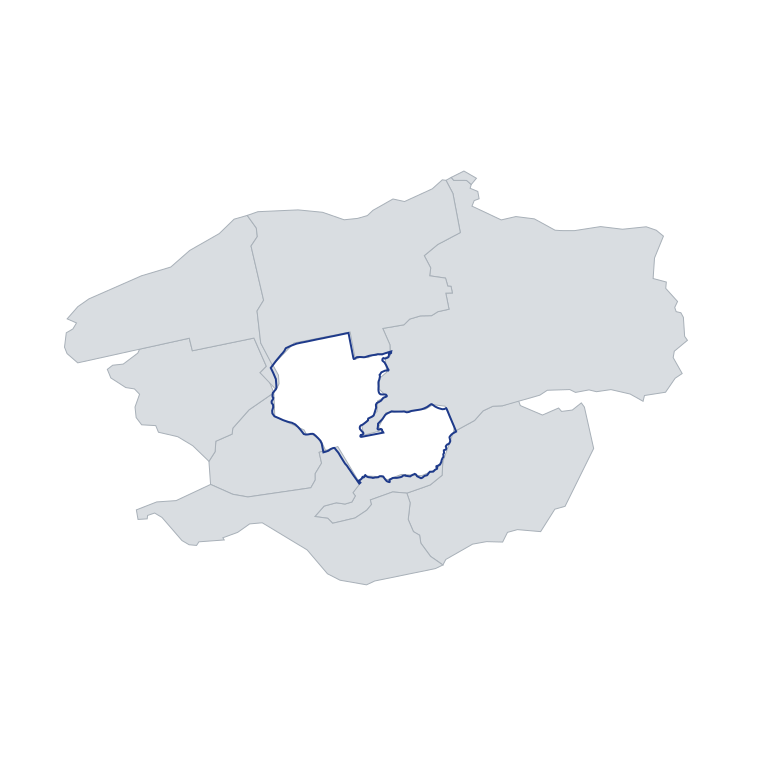 Zambia shown with its bordering countries, rotated 79°
{"feature_id": "ZMB", "entity_name": "Zambia", "entity_type": "country or territory", "adm_level": 0, "iso_a3": "ZMB", "parent_name": "Africa", "parent_adm1": "", "projection": "equal_earth", "projection_center": [28.807, -13.118], "detail": "fine", "context": "with_neighbors", "style": "outline", "palette": "blue", "viewbox_px": 768, "rotation_deg": 79, "n_neighbors": 8, "source": "natural_earth", "source_scale": "50m", "svg_char_len": 9260}
<svg xmlns="http://www.w3.org/2000/svg" viewBox="0 0 768 768"><g transform="rotate(79 384 384)"><path d="M487.3,190.5L538.6,229.6L539.5,240.2L558.8,258.4L552.4,280.8L553.2,291.1L561.8,297.7L558.3,313.4L558.1,327.6L568.0,356.8L572.9,360.7L562.1,371.2L547.3,378.2L539.3,377.9L534.5,383.3L521.6,386.1L505.6,381.0L495.5,382.4L491.9,357.9L484.7,344.4L471.5,341.1L444.4,324.9L437.1,302.1L429.3,291.9L426.6,281.4L428.0,271.9L425.6,255.2L431.2,254.3L444.7,234.4L440.9,217.2L444.8,214.9L445.5,204.1L440.2,193.9L444.9,191.7L487.3,190.5Z" fill="#d9dde1" stroke="#a8b0b8" stroke-width="1"/><path d="M424.7,233.2L428.0,271.9L426.6,281.4L429.3,291.9L437.1,302.1L444.4,324.9L439.1,323.1L417.4,328.3L413.6,339.9L416.6,347.9L412.5,387.4L425.5,397.6L429.2,394.3L430.3,413.7L420.1,413.6L409.6,396.0L399.4,393.5L396.4,384.0L388.2,389.7L377.5,387.2L372.9,379.0L358.1,377.8L357.3,372.2L346.6,370.7L329.2,374.6L329.7,353.1L325.2,346.4L324.1,335.2L326.0,324.3L323.3,317.3L323.0,305.9L306.6,306.0L307.7,299.5L300.9,299.6L300.1,302.7L291.8,303.4L286.5,318.5L279.0,316.0L265.7,320.0L257.3,304.6L249.9,280.2L210.1,280.0L195.9,284.3L194.0,278.6L197.4,276.7L199.9,264.1L204.8,260.3L208.3,262.1L212.9,255.2L220.3,255.3L221.2,260.5L226.2,263.7L245.3,237.6L244.8,222.6L250.6,204.9L265.7,186.7L267.2,180.9L269.8,167.9L270.8,141.4L277.6,120.3L279.7,96.6L285.0,87.4L292.2,81.5L311.9,94.4L331.8,99.7L337.8,87.4L343.9,89.2L359.0,80.1L364.3,84.0L368.7,83.4L370.7,79.0L375.7,77.4L394.6,79.8L399.0,77.8L407.2,92.8L413.3,95.1L430.6,89.3L433.9,97.1L445.8,109.2L445.0,130.5L450.4,133.0L440.8,144.3L432.8,162.3L432.1,176.9L428.9,183.9L428.8,197.6L424.9,202.7L421.3,224.9L424.7,233.2Z" fill="#d9dde1" stroke="#a8b0b8" stroke-width="1"/><path d="M449.5,573.4L426.5,570.6L418.2,562.7L408.1,560.0L404.2,542.7L398.5,540.8L383.6,521.4L371.5,493.8L395.1,497.4L413.9,471.2L418.6,469.8L420.2,463.6L427.8,456.5L437.9,454.1L438.7,460.7L449.8,460.4L458.8,468.6L465.1,469.8L471.9,475.6L468.9,539.2L463.4,553.5L449.5,573.4Z" fill="#d9dde1" stroke="#a8b0b8" stroke-width="1"/><path d="M426.5,570.6L408.1,583.5L396.4,596.5L388.3,614.6L381.3,616.0L377.8,629.7L369.6,633.7L359.1,632.8L347.4,625.9L341.2,629.9L338.2,638.2L325.9,651.0L316.8,652.8L313.8,646.7L314.7,636.2L306.7,619.8L303.1,617.2L301.9,566.4L314.8,565.8L314.1,502.9L344.2,496.1L349.3,503.5L357.7,496.5L371.5,493.8L383.6,521.4L398.5,540.8L404.2,542.7L408.1,560.0L418.2,562.7L426.5,570.6Z" fill="#d9dde1" stroke="#a8b0b8" stroke-width="1"/><path d="M301.9,566.4L304.8,680.6L293.7,689.3L286.9,690.6L273.1,686.1L270.6,678.9L265.4,674.2L259.6,682.6L249.6,669.7L244.1,657.3L231.5,601.4L228.5,571.0L215.8,549.2L204.9,517.0L193.6,499.7L192.4,486.1L206.5,479.6L215.1,480.2L223.2,488.2L278.8,486.2L288.1,494.7L320.2,497.2L355.2,485.9L363.8,487.0L369.0,491.0L349.3,503.5L344.2,496.1L314.1,502.9L314.8,565.8L301.9,566.4Z" fill="#d9dde1" stroke="#a8b0b8" stroke-width="1"/><path d="M471.5,341.1L484.7,344.4L491.9,357.9L495.5,382.4L491.6,396.1L495.2,419.5L499.8,419.2L504.6,425.0L510.0,438.0L510.9,461.0L505.1,464.8L500.9,477.1L492.4,466.1L491.5,453.5L494.4,445.2L493.7,438.0L488.4,433.5L484.8,435.2L470.2,421.9L474.3,405.2L478.6,398.9L476.1,384.0L481.2,364.5L477.8,349.1L471.5,341.1Z" fill="#d9dde1" stroke="#a8b0b8" stroke-width="1"/><path d="M495.5,382.4L505.6,381.0L521.6,386.1L534.5,383.3L539.3,377.9L547.3,378.2L562.1,371.2L572.9,360.7L575.0,368.8L575.6,430.7L577.8,439.5L568.2,464.6L559.5,475.7L532.2,491.1L497.0,530.0L495.7,542.6L501.7,555.9L504.2,571.5L506.6,570.6L503.6,595.8L506.7,598.8L504.6,606.0L499.1,612.2L472.6,627.4L466.9,633.8L467.9,641.1L471.2,642.2L470.0,651.3L460.3,651.1L456.4,629.6L458.8,610.3L449.5,573.4L463.4,553.5L468.9,539.2L471.9,475.6L465.1,469.8L458.8,468.6L449.8,460.4L438.7,460.7L436.6,441.3L477.2,426.5L484.8,435.2L488.4,433.5L493.7,438.0L494.4,445.2L491.5,453.5L492.4,466.1L500.9,477.1L505.1,464.8L510.9,461.0L510.0,438.0L504.6,425.0L499.8,419.2L495.2,419.5L491.6,396.1L495.5,382.4Z" fill="#d9dde1" stroke="#a8b0b8" stroke-width="1"/><path d="M204.8,260.3L199.9,264.1L197.4,276.7L194.0,278.6L190.2,264.9L199.7,254.0L204.8,260.3ZM195.9,284.3L210.1,280.0L249.9,280.2L257.3,304.6L265.7,320.0L279.0,316.0L286.5,318.5L291.8,303.4L300.1,302.7L300.9,299.6L307.7,299.5L306.6,306.0L323.0,305.9L323.3,317.3L326.0,324.3L324.1,335.2L325.2,346.4L329.7,353.1L329.2,374.6L346.6,370.7L352.7,371.7L354.2,377.3L352.7,386.1L355.1,394.5L353.1,401.3L354.3,407.5L326.5,407.3L326.5,464.3L344.4,490.0L320.2,497.2L288.1,494.7L278.8,486.2L223.2,488.2L215.1,480.2L206.5,479.6L192.4,486.1L190.8,474.9L196.7,435.1L203.7,411.6L215.2,391.8L216.4,378.4L215.5,368.2L211.4,361.7L204.1,339.9L208.8,329.0L201.6,299.3L194.7,287.8L195.9,284.3Z" fill="#d9dde1" stroke="#a8b0b8" stroke-width="1"/><path d="M439.5,456.5L437.6,456.5L434.2,456.5L430.6,456.5L427.4,457.4L424.8,458.9L421.6,461.1L420.6,462.0L419.8,462.6L419.3,463.5L419.0,465.4L419.0,468.3L418.7,470.4L417.8,472.3L413.0,474.7L409.8,476.6L406.8,478.8L404.5,481.8L402.9,485.3L400.3,489.8L397.6,493.6L394.8,497.7L391.6,499.2L388.9,498.9L385.7,497.2L383.1,496.9L381.2,497.9L379.5,497.6L377.8,495.9L376.5,495.3L375.4,495.8L374.0,495.7L371.5,494.8L369.2,492.0L368.0,490.8L367.1,490.3L364.5,489.9L358.4,489.2L357.8,489.4L355.3,489.9L352.1,490.6L349.4,491.3L346.6,492.1L343.9,489.1L340.9,485.8L337.8,482.0L335.4,479.1L334.2,477.4L332.2,475.2L330.7,474.1L330.1,473.5L328.6,467.5L327.7,462.1L327.6,457.9L327.6,452.2L327.5,446.4L327.4,440.7L327.4,435.0L327.3,429.2L327.3,423.4L327.2,417.7L327.1,411.9L327.1,409.1L330.2,409.1L333.7,409.1L337.3,409.1L341.3,409.1L345.3,409.1L349.3,409.1L352.0,409.1L352.8,409.1L353.6,408.9L353.7,408.3L352.5,405.5L352.6,404.5L352.9,402.5L353.3,400.9L353.9,398.7L354.0,397.4L353.5,393.2L353.5,390.9L353.6,388.4L353.8,386.1L353.6,384.5L353.8,383.6L354.1,382.4L354.3,381.0L354.6,380.4L354.5,379.8L354.3,378.7L354.0,376.4L353.7,373.1L353.4,370.7L353.9,370.9L354.9,371.1L355.4,372.2L355.7,373.5L356.4,373.6L358.2,374.3L358.8,375.4L359.2,377.7L359.0,378.8L358.4,379.7L359.0,380.6L360.2,381.1L360.9,381.0L362.9,379.4L363.7,379.1L364.7,378.8L365.7,378.4L368.3,377.7L369.8,377.4L370.6,376.9L371.2,376.9L371.6,377.3L371.2,378.9L371.1,380.4L371.7,383.0L372.0,384.3L372.9,385.2L373.5,385.7L374.2,386.6L375.7,386.5L378.8,387.8L379.8,388.5L381.1,389.1L382.1,389.3L385.3,389.8L386.5,390.1L388.8,390.6L390.6,390.7L391.8,390.5L392.7,390.1L393.2,389.6L393.5,389.3L393.9,387.9L394.5,385.0L394.8,384.2L395.4,383.8L396.3,383.5L396.8,384.0L397.4,387.2L399.8,390.1L400.7,392.5L401.3,394.6L401.9,395.2L402.8,395.9L404.3,396.1L405.7,396.2L408.5,397.7L410.7,398.9L412.4,399.8L413.1,400.4L413.6,401.5L413.9,402.3L414.4,404.4L414.9,406.1L415.8,406.5L416.6,406.6L417.3,407.7L417.9,408.8L419.1,411.2L419.9,412.9L420.2,414.6L421.1,415.7L422.4,416.2L423.6,416.2L424.3,415.8L426.0,414.9L427.4,413.9L428.3,413.6L428.9,413.8L429.4,414.5L429.6,415.8L429.6,416.5L430.6,417.2L431.3,417.0L431.6,416.1L431.6,415.7L431.6,412.1L431.6,408.9L431.6,406.0L431.6,402.4L431.6,399.2L431.6,396.6L431.6,393.9L431.0,394.0L430.2,394.7L428.4,394.7L427.8,395.2L427.5,395.9L427.7,396.8L427.7,398.0L427.4,398.6L426.7,398.9L425.5,398.4L423.5,397.8L421.8,397.4L420.6,395.7L418.9,393.3L417.9,392.0L415.3,389.4L414.8,388.9L414.0,387.7L413.3,385.6L413.0,384.3L412.7,383.3L412.3,381.8L413.0,379.4L413.9,375.0L414.5,371.8L414.8,369.5L416.1,367.1L416.2,364.9L415.7,362.2L415.8,360.6L415.9,356.8L416.0,353.5L416.0,351.9L415.6,349.2L414.8,346.1L412.9,341.9L412.9,341.0L414.0,339.9L415.8,338.2L416.7,337.1L417.7,335.7L418.2,334.9L419.2,333.0L419.9,331.5L420.1,329.5L419.6,327.6L420.6,327.2L423.9,326.5L427.5,325.8L431.3,325.0L435.1,324.2L438.8,323.4L442.2,322.7L444.5,322.3L444.9,323.6L445.6,325.7L446.4,327.3L447.5,328.7L448.3,329.6L448.9,329.9L452.6,329.8L453.9,330.6L455.1,331.7L455.4,333.4L456.1,334.4L456.9,335.2L457.3,335.3L457.9,335.1L458.9,335.1L459.8,335.5L460.2,335.8L460.3,337.2L460.5,337.9L461.8,338.1L463.1,338.2L464.3,339.2L465.6,339.3L467.1,339.7L467.9,340.7L469.5,341.8L471.5,342.7L472.9,343.8L473.7,344.3L473.7,344.7L474.1,345.6L474.5,346.3L474.5,347.3L474.7,348.2L475.2,348.4L475.7,348.4L476.1,347.8L476.7,347.8L477.4,348.2L477.6,349.2L478.1,350.6L478.9,351.6L479.4,352.5L479.2,354.1L478.9,355.7L480.0,357.2L481.4,358.6L481.8,359.2L481.9,361.3L482.1,362.1L483.1,363.8L483.5,365.0L483.5,365.7L480.9,369.1L480.0,369.5L479.2,369.7L478.5,370.4L478.1,371.1L478.3,371.5L478.5,372.7L479.1,374.6L479.7,375.9L479.2,377.5L478.2,380.3L477.7,380.6L477.6,382.7L477.9,383.5L478.4,384.1L478.6,385.5L478.6,387.5L478.6,389.1L477.9,393.1L479.0,396.6L479.4,397.0L481.1,397.0L481.3,397.3L480.9,398.4L480.2,399.4L479.8,399.9L477.7,401.1L474.7,402.4L474.1,403.7L473.7,405.6L474.0,406.7L474.4,407.3L474.3,408.9L474.0,410.6L474.1,411.9L474.0,413.1L473.6,413.7L473.0,415.5L472.4,417.3L471.9,418.1L471.1,419.0L469.9,419.7L470.0,420.1L471.3,420.9L471.6,421.5L471.8,421.8L471.5,422.2L471.2,422.8L471.8,423.3L472.5,423.8L473.2,425.0L473.9,426.6L474.0,427.2L474.2,427.4L474.4,427.5L474.9,427.2L475.7,426.3L476.3,426.0L477.0,427.3L474.1,428.6L472.6,429.2L468.3,431.2L464.6,432.8L463.6,433.2L461.7,434.0L460.7,434.5L457.3,435.9L455.9,436.7L454.8,437.4L452.0,438.5L449.3,439.5L446.4,440.6L443.2,441.7L441.4,442.6L440.2,443.3L437.3,444.8L437.2,445.2L437.2,446.2L437.6,448.3L438.3,450.1L438.9,451.2L439.3,454.0L439.5,456.5Z" fill="none" stroke="#1e3a8a" stroke-width="2"/></g></svg>